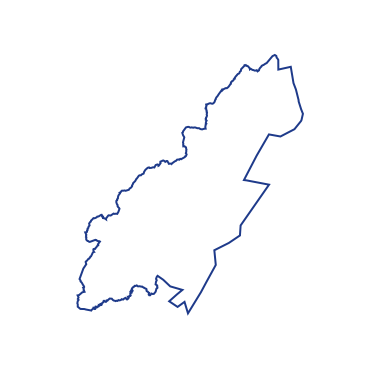 outline of Bayantes, Dzavhan, Mongolia, rotated 305°
{"feature_id": "93677404B69236363496487", "entity_name": "Bayantes", "entity_type": "district", "adm_level": 2, "iso_a3": "MNG", "parent_name": "Mongolia", "parent_adm1": "Dzavhan", "projection": "natural_earth1", "projection_center": [96.047, 49.77], "detail": "fine", "context": "isolated", "style": "outline", "palette": "blue", "viewbox_px": 384, "rotation_deg": 305, "n_neighbors": 0, "source": "geoboundaries", "source_scale": "gbopen_adm2", "svg_char_len": 5962}
<svg xmlns="http://www.w3.org/2000/svg" viewBox="0 0 384 384"><g transform="rotate(305 192 192)"><path d="M313.8,240.4L319.7,238.0L322.4,233.9L327.3,227.5L328.5,226.5L335.6,218.3L339.4,212.7L351.2,201.1L341.8,192.5L349.7,186.9L350.4,185.3L350.6,184.3L351.8,183.0L351.7,181.2L349.5,180.0L340.3,179.2L339.4,178.6L337.0,177.7L336.5,177.3L335.3,176.7L334.7,176.9L332.9,176.6L331.3,176.6L330.1,177.1L328.4,176.5L328.6,175.8L328.9,175.2L328.4,175.0L327.4,173.7L327.1,172.3L326.7,171.5L326.6,169.2L325.8,169.0L326.3,168.5L327.1,166.0L326.9,164.8L326.6,164.3L326.8,164.0L326.5,163.6L326.7,163.2L326.3,163.0L326.0,162.3L325.3,162.5L320.8,161.8L319.1,162.6L317.9,162.2L316.7,162.6L315.9,162.5L315.0,161.9L313.9,161.7L313.3,161.8L312.5,161.6L310.2,161.5L309.6,161.6L309.4,162.0L309.0,161.7L308.4,161.5L307.9,161.8L306.5,161.7L305.7,161.2L305.2,161.3L304.3,161.0L303.5,161.3L303.0,161.8L302.5,161.6L299.5,161.6L298.2,161.4L297.0,161.0L296.6,160.2L296.3,160.1L295.9,159.7L294.1,158.8L292.4,158.5L292.8,157.9L287.3,157.8L284.9,157.9L283.6,157.7L282.0,157.9L281.5,158.3L280.4,158.2L279.0,158.8L277.3,158.7L276.2,158.3L275.6,157.3L275.3,156.2L274.9,155.7L273.8,154.9L273.1,154.6L271.8,153.4L271.5,153.7L271.4,154.2L271.0,154.2L270.7,154.5L270.2,154.5L269.8,154.9L268.9,154.9L268.2,155.2L268.4,155.8L267.8,156.3L267.4,156.9L266.8,157.2L266.7,157.8L265.9,158.1L265.7,158.3L265.6,158.8L263.9,159.6L263.4,160.3L262.0,160.9L261.1,160.8L260.1,161.4L259.8,161.3L259.5,161.8L259.0,161.9L258.9,163.0L257.3,163.3L256.2,163.9L256.1,164.6L255.1,164.5L254.6,164.9L253.5,165.2L252.9,165.8L252.2,166.1L251.7,166.8L250.6,165.5L249.1,164.4L248.5,163.1L248.3,162.2L248.4,161.4L247.3,159.7L246.7,157.6L246.1,156.7L245.4,156.2L244.7,154.6L244.0,154.0L243.7,153.5L243.5,152.0L242.7,151.0L241.4,150.0L236.6,149.9L235.7,150.3L234.9,150.1L233.4,152.1L232.4,154.3L227.4,156.2L226.5,157.3L225.9,157.5L224.4,158.7L225.1,159.4L225.2,159.9L225.0,160.9L225.1,161.5L223.7,162.8L223.5,163.2L222.6,163.5L221.6,164.3L220.2,164.7L219.9,165.7L219.6,166.1L217.8,166.4L217.2,165.9L216.5,166.1L212.7,164.3L212.7,163.8L212.3,163.3L211.1,163.0L211.0,162.4L209.9,161.2L208.3,161.0L207.2,160.3L203.9,159.2L203.4,159.2L203.5,158.9L201.8,156.8L202.6,155.6L202.7,154.9L203.2,154.1L202.9,153.5L201.4,152.8L201.6,152.4L201.4,150.5L200.7,149.8L200.1,149.6L198.8,148.7L198.3,148.8L197.6,149.7L194.6,149.7L194.2,149.5L195.0,148.8L194.7,147.8L193.2,146.8L190.5,147.1L190.0,146.0L188.3,144.7L187.3,143.4L187.5,142.7L186.4,141.8L183.4,141.1L181.1,141.2L179.3,141.8L177.5,140.7L176.4,140.6L175.5,139.4L174.8,139.1L171.3,139.1L170.9,138.9L168.4,139.2L165.4,138.7L164.7,139.0L162.8,139.2L162.4,139.6L161.3,139.6L160.1,139.4L159.2,138.9L157.6,139.0L154.9,136.9L154.6,135.9L153.5,134.8L153.0,133.9L151.9,133.6L150.9,133.7L149.9,133.1L149.5,133.8L147.0,133.7L145.3,134.3L144.2,135.0L143.3,134.8L142.9,134.9L142.7,135.2L142.3,135.4L141.5,135.1L140.9,135.4L140.2,135.9L139.1,137.3L138.6,138.6L137.8,139.0L137.3,140.0L137.1,141.3L136.7,142.2L133.5,143.1L131.2,143.3L130.8,142.4L129.5,140.9L129.3,140.1L126.1,138.9L125.1,137.1L124.6,136.9L120.7,136.8L120.3,137.2L120.3,135.5L119.6,134.1L120.5,133.5L120.2,133.3L120.3,132.4L121.1,132.0L121.5,131.1L121.2,130.7L118.4,129.5L117.5,128.5L116.5,128.4L114.6,127.3L114.2,126.4L113.8,126.2L112.3,126.1L110.7,125.7L109.7,126.1L109.1,125.8L107.2,125.8L105.8,127.3L104.4,127.1L103.1,127.7L102.2,127.4L101.1,128.3L100.4,128.0L99.3,128.8L98.7,128.8L97.7,127.7L96.3,130.0L95.8,130.0L95.1,130.7L94.3,130.9L94.1,131.6L92.7,132.3L92.1,133.3L92.0,134.6L92.3,135.2L92.2,136.1L92.5,136.9L97.4,140.3L97.7,141.1L97.5,141.3L97.9,143.3L98.6,144.5L98.6,145.0L96.4,144.9L95.8,145.1L95.2,144.9L94.7,145.2L94.5,145.7L92.8,145.2L91.8,145.4L90.8,145.1L89.9,145.3L88.8,144.1L88.1,144.3L86.9,145.5L86.7,146.1L86.3,145.7L85.5,145.5L81.4,146.2L80.7,145.8L79.7,146.1L78.8,145.8L78.2,145.9L77.4,145.4L75.8,145.4L74.0,144.9L73.4,145.3L72.2,146.8L67.0,146.9L56.2,149.8L55.5,151.6L54.9,151.9L54.7,152.4L54.7,153.1L54.1,154.7L53.5,155.6L53.2,156.7L52.4,158.1L52.2,158.2L51.2,157.7L50.7,158.8L49.5,159.4L49.5,160.0L49.1,160.3L48.6,161.2L47.0,159.7L42.8,158.6L41.7,157.6L40.6,159.5L38.9,159.8L38.8,160.7L38.5,161.0L37.1,161.0L35.1,161.9L34.4,162.9L32.5,164.2L32.2,167.5L32.3,167.8L34.4,171.0L34.9,172.5L37.1,177.4L37.4,177.3L39.7,177.9L40.7,177.6L40.8,177.8L40.1,178.5L40.3,179.4L40.7,179.8L41.3,179.7L41.9,178.9L42.8,178.7L43.0,178.9L42.8,179.5L43.1,179.8L43.0,180.3L43.2,180.5L44.4,180.5L44.6,181.1L44.9,181.2L45.3,181.1L45.9,180.6L46.1,181.4L46.4,181.6L47.2,181.1L47.7,181.1L47.8,181.2L47.7,181.5L47.2,182.0L47.2,182.3L47.5,182.6L48.1,182.6L49.1,182.0L50.8,182.6L51.8,182.1L52.3,182.2L52.5,182.5L52.4,184.0L52.6,184.5L53.3,184.6L54.2,184.2L54.4,184.4L54.3,184.8L54.5,185.1L55.6,185.2L57.5,185.7L58.6,187.5L58.2,189.0L58.2,190.1L58.7,191.3L58.8,192.0L59.6,192.5L60.1,193.5L61.2,193.7L61.7,194.9L62.8,195.7L63.9,195.9L64.3,197.2L66.1,197.7L67.2,198.3L67.2,198.7L66.6,200.0L66.8,200.5L68.1,200.9L69.2,200.8L69.5,200.6L69.2,200.0L69.4,199.7L69.9,200.5L70.9,200.3L71.5,201.1L72.1,201.1L73.0,199.9L74.2,199.3L74.3,199.9L74.7,200.3L75.2,200.1L75.3,199.3L76.2,200.1L77.1,200.0L77.4,199.4L76.6,198.6L77.6,198.5L78.5,198.1L79.0,198.3L79.9,198.2L81.1,198.8L82.2,198.8L82.6,199.6L83.8,200.3L83.6,201.5L83.8,202.0L84.8,203.2L85.4,204.8L85.9,205.3L85.8,205.9L86.0,206.7L85.9,207.4L86.2,207.9L86.1,208.6L86.4,210.0L86.3,210.5L85.1,211.3L84.8,211.8L85.0,213.0L84.7,213.9L84.8,214.6L83.1,215.4L82.9,216.2L83.5,217.0L85.5,216.9L85.9,218.3L86.7,219.2L89.5,219.4L92.4,218.3L93.4,218.7L93.9,218.5L94.3,217.8L95.0,217.6L95.5,217.0L95.4,215.2L97.8,214.0L99.5,213.7L100.1,212.5L100.4,212.3L102.4,211.8L103.6,211.9L103.6,218.8L102.2,228.3L106.3,240.3L99.5,238.4L89.4,236.0L89.6,246.1L97.7,248.9L90.3,258.3L115.0,256.8L126.7,255.4L145.9,253.3L157.1,243.7L171.4,251.4L183.9,256.2L192.5,251.0L242.2,250.9L232.8,230.0L231.6,227.7L258.9,224.1L283.3,222.0L288.2,232.6L302.2,239.9L312.7,240.6L313.8,240.4Z" fill="none" stroke="#1e3a8a" stroke-width="2"/></g></svg>